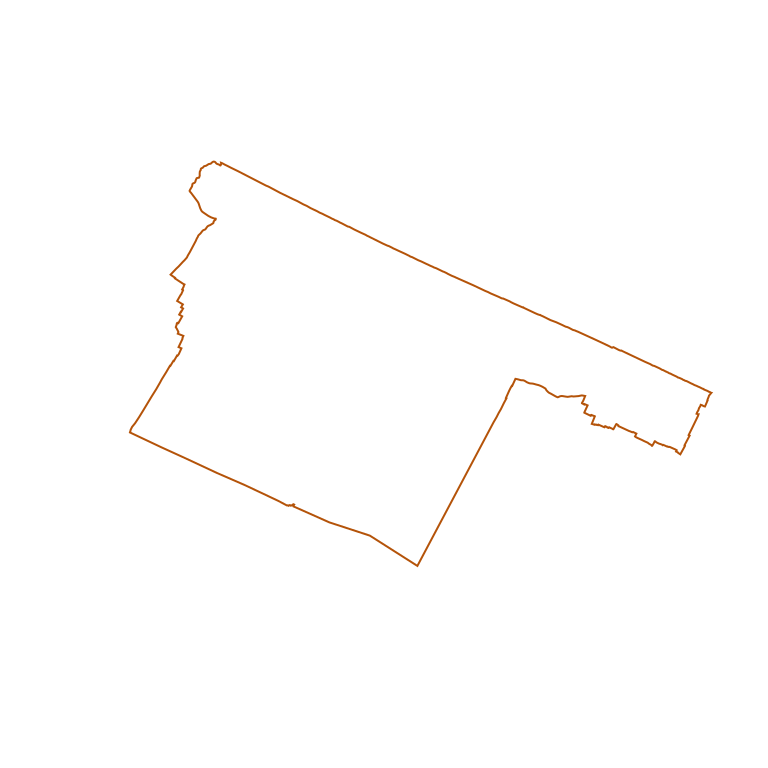 the district of Ranot, Thailand, rotated 308°
{"feature_id": "78962969B50456220611467", "entity_name": "Ranot", "entity_type": "district", "adm_level": 2, "iso_a3": "THA", "parent_name": "Thailand", "parent_adm1": "", "projection": "albers", "projection_center": [100.333, 7.777], "detail": "fine", "context": "isolated", "style": "outline", "palette": "amber", "viewbox_px": 768, "rotation_deg": 308, "n_neighbors": 0, "source": "geoboundaries", "source_scale": "gbopen_adm2", "svg_char_len": 6046}
<svg xmlns="http://www.w3.org/2000/svg" viewBox="0 0 768 768"><g transform="rotate(308 384 384)"><path d="M189.4,213.6L197.1,247.7L202.5,270.2L211.1,307.4L218.6,336.4L226.8,372.6L228.5,382.2L229.1,382.8L229.1,383.1L229.6,383.6L229.5,383.8L230.3,384.1L230.3,384.4L230.7,384.7L230.8,384.9L230.7,385.4L231.4,386.0L233.0,386.4L233.6,386.8L233.6,387.0L233.4,387.1L233.5,387.4L233.1,387.4L232.6,387.8L232.2,387.7L231.8,388.0L241.3,426.1L255.8,466.2L261.2,522.3L421.3,493.9L427.2,493.1L431.8,492.2L436.2,491.6L442.8,490.2L448.1,489.3L448.0,488.7L455.7,486.8L458.6,486.2L461.3,485.8L461.4,486.2L469.0,484.4L470.1,486.6L471.3,489.6L472.4,491.1L472.8,491.8L473.1,492.9L473.4,495.7L474.0,497.9L474.5,498.9L475.6,500.5L476.2,501.6L477.3,504.3L478.3,506.5L478.9,508.5L479.4,510.8L479.8,514.1L479.4,514.9L479.0,516.1L478.7,518.4L478.7,519.5L479.1,521.4L479.9,526.8L480.4,528.9L480.8,529.3L482.9,530.4L484.0,531.5L484.5,532.3L486.2,535.4L487.0,536.7L489.9,539.4L490.8,541.0L494.2,544.7L496.6,546.7L497.2,547.6L498.4,549.9L493.5,551.3L490.8,551.7L490.7,551.8L491.1,554.4L491.6,554.3L492.5,557.6L484.8,559.4L484.7,559.5L486.2,566.5L486.4,566.6L487.2,566.3L487.3,566.4L487.8,568.3L488.4,569.9L488.4,570.0L480.5,572.3L481.5,575.0L482.0,575.0L482.4,576.4L482.9,576.6L483.3,578.0L484.0,578.0L485.6,584.4L485.8,584.5L486.9,584.2L487.0,584.3L487.4,586.1L487.2,586.5L487.5,587.9L487.6,588.0L488.3,587.9L488.5,588.0L489.2,591.1L489.4,591.7L489.3,592.1L489.4,592.5L489.5,592.6L489.8,592.6L495.3,591.7L495.5,591.8L495.5,592.0L495.7,592.8L495.6,593.5L495.7,594.1L495.6,594.3L495.2,594.5L495.1,594.8L495.4,595.6L497.9,606.3L498.2,607.0L498.7,609.0L499.0,609.6L499.5,609.8L500.3,613.4L497.2,614.1L497.2,615.2L497.6,617.2L498.7,621.7L499.2,624.3L500.1,627.9L500.1,629.8L500.5,632.3L500.2,633.1L500.3,633.3L500.5,633.4L503.6,633.0L505.4,632.6L505.7,632.7L505.8,633.6L505.7,634.5L506.3,637.3L506.6,638.2L506.9,638.8L507.4,640.7L507.4,641.2L507.7,641.2L507.9,641.4L508.3,642.8L509.0,645.7L509.3,645.8L509.6,647.0L510.3,647.8L511.8,653.9L512.0,655.4L510.6,655.7L511.0,657.5L511.0,657.8L510.8,658.1L511.0,660.8L520.4,659.3L520.6,659.2L520.5,658.7L520.9,658.5L529.8,656.9L531.5,656.6L531.3,655.5L539.1,653.9L552.1,651.1L553.8,650.5L553.5,650.1L553.0,648.6L555.0,648.1L556.8,647.9L558.9,647.1L561.1,646.9L562.6,646.4L563.1,647.7L563.3,649.2L563.6,650.3L563.8,650.6L563.9,650.8L570.3,649.1L570.3,648.8L571.7,648.3L573.9,647.7L574.8,647.3L576.0,647.3L578.6,647.4L578.3,646.7L578.3,645.6L577.8,644.5L577.8,643.5L576.7,639.7L576.6,639.1L576.8,638.8L576.6,638.6L576.3,637.4L575.8,634.8L575.2,632.6L575.0,631.5L574.3,629.3L573.9,626.8L573.7,626.4L572.7,621.2L572.4,620.2L572.2,619.9L571.9,619.1L571.9,618.4L571.5,617.4L571.4,616.0L570.8,613.5L570.4,612.2L570.1,611.7L570.0,610.2L568.9,605.4L568.7,604.2L568.5,603.1L568.2,602.6L568.0,601.8L568.0,600.9L567.7,600.0L567.6,599.0L567.4,598.7L566.8,595.4L566.4,594.6L566.0,591.6L564.8,586.5L564.6,585.7L564.1,584.8L563.9,584.0L563.6,581.6L562.2,576.1L556.6,551.2L556.6,550.6L555.9,549.8L555.4,548.2L554.3,542.1L554.1,541.9L553.4,541.7L552.9,541.1L552.8,540.9L552.5,538.5L549.2,523.9L544.6,504.6L544.0,502.6L543.8,501.6L542.9,499.5L542.1,494.9L541.7,493.4L541.0,491.8L540.2,488.0L538.7,481.7L536.8,475.7L535.2,467.7L534.6,465.3L534.6,464.6L534.3,464.3L533.6,462.4L532.8,459.3L530.1,447.3L530.2,446.6L530.0,446.3L529.8,446.3L529.7,446.0L528.6,441.8L527.2,436.3L526.6,433.3L526.5,432.2L524.7,425.2L524.2,424.5L523.9,423.7L523.3,420.8L521.0,412.1L520.5,409.4L519.7,406.6L516.8,393.7L513.0,378.6L512.4,376.0L512.2,375.4L511.9,373.9L511.0,370.8L510.0,366.0L510.0,365.4L509.3,362.2L508.9,361.1L507.4,354.0L506.5,351.3L506.4,350.3L505.7,347.8L505.1,344.9L504.8,343.8L503.5,337.9L502.6,334.7L501.3,328.1L500.6,326.2L500.6,325.4L499.6,320.5L498.0,313.8L497.1,309.9L496.5,307.6L496.5,307.1L495.6,302.6L495.2,301.8L494.0,296.8L491.0,282.1L490.9,281.3L490.4,279.4L490.2,277.6L489.0,272.6L487.4,265.3L486.5,259.9L485.8,258.5L484.6,251.8L484.1,249.7L484.0,248.8L483.5,246.2L482.8,244.0L482.8,243.0L482.3,241.4L481.9,238.9L480.6,232.9L480.2,230.7L479.4,227.7L479.0,225.0L477.4,217.9L476.8,213.5L475.9,209.9L474.8,203.2L473.6,198.2L470.7,184.5L468.4,171.3L467.7,168.9L461.8,137.8L460.2,130.3L459.5,126.6L458.8,123.3L458.4,120.7L458.0,119.4L457.5,120.0L457.0,120.3L455.8,120.6L455.6,120.6L455.4,120.4L455.3,118.7L454.7,117.2L454.6,116.5L454.6,115.8L454.9,114.7L454.9,113.9L454.7,113.4L454.4,112.9L454.1,112.6L453.2,112.2L450.9,111.8L449.3,110.4L446.6,109.5L445.0,108.3L444.6,108.1L442.8,108.0L441.5,107.3L441.1,107.2L440.6,107.3L439.6,107.9L438.5,108.0L437.8,108.2L435.9,109.5L434.8,110.5L432.8,111.2L432.4,111.0L431.3,109.9L430.7,109.7L428.3,110.3L427.3,110.8L426.5,110.9L425.8,110.8L424.8,110.2L424.0,109.9L423.3,110.1L422.1,110.8L421.4,111.1L417.6,111.6L416.5,111.9L416.2,112.4L415.8,114.4L412.9,125.1L412.2,126.7L409.4,130.9L408.2,133.3L407.9,134.4L407.9,135.8L408.3,142.1L408.9,145.3L409.9,148.3L410.7,149.6L410.6,149.8L410.1,150.0L409.7,150.1L408.8,149.8L407.5,149.7L406.8,149.9L405.9,150.4L405.5,150.4L402.0,149.1L401.1,148.5L399.7,147.9L397.8,147.9L396.9,148.0L396.3,148.0L395.6,147.9L393.9,146.9L392.9,146.7L389.6,146.7L387.1,146.3L386.1,146.4L385.3,146.7L383.5,146.9L380.8,147.6L368.4,149.8L364.5,150.3L362.3,150.8L358.6,150.6L356.4,150.3L350.2,149.8L347.0,149.3L338.8,148.5L338.8,150.1L339.1,154.2L339.0,154.3L338.5,154.3L338.5,154.5L339.3,164.1L339.6,165.5L338.1,165.8L337.4,166.2L334.2,166.8L334.4,167.7L334.3,167.9L330.1,168.9L329.8,169.0L329.7,168.9L328.8,168.9L322.1,169.9L322.9,176.5L319.5,176.9L319.8,179.2L315.7,179.8L315.7,179.4L312.6,179.9L313.1,183.3L305.2,184.5L305.0,184.4L305.0,183.5L304.8,183.4L303.5,183.7L303.1,184.1L300.6,184.9L299.9,186.9L298.4,190.0L296.7,190.5L298.4,196.3L296.0,196.9L295.9,197.0L295.6,197.4L286.6,199.4L287.4,202.4L281.2,203.9L279.1,203.9L279.0,203.4L272.7,204.3L272.6,203.8L266.7,204.5L266.6,204.1L259.2,205.1L250.8,206.0L247.4,206.6L239.7,207.7L231.0,208.6L214.4,210.6L207.2,211.4L199.8,212.0L195.1,211.9L191.8,212.6L190.3,213.4L189.8,213.4L189.4,213.6Z" fill="none" stroke="#b45309" stroke-width="2"/></g></svg>